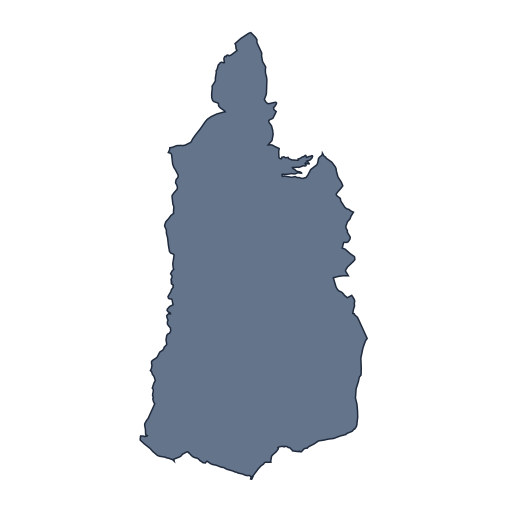 Rachitova, Hunedoara, Romania (Mercator projection), rotated 91°
{"feature_id": "2599482B89503985313378", "entity_name": "Rachitova", "entity_type": "district", "adm_level": 2, "iso_a3": "ROU", "parent_name": "Romania", "parent_adm1": "Hunedoara", "projection": "mercator", "projection_center": [22.734, 45.618], "detail": "fine", "context": "isolated", "style": "filled", "palette": "slate", "viewbox_px": 512, "rotation_deg": 91, "n_neighbors": 0, "source": "geoboundaries", "source_scale": "gbopen_adm2", "svg_char_len": 6111}
<svg xmlns="http://www.w3.org/2000/svg" viewBox="0 0 512 512"><g transform="rotate(91 256 256)"><path d="M459.4,342.0L459.6,340.3L461.1,335.8L462.6,334.2L460.6,334.7L458.2,328.8L456.9,327.0L455.8,326.5L453.4,322.5L453.0,321.0L453.8,320.1L453.6,320.0L456.7,317.0L457.9,315.5L458.9,313.1L458.7,312.6L459.8,310.1L461.8,308.2L462.3,307.0L463.4,305.8L463.7,304.8L463.8,302.9L462.7,302.3L462.0,301.4L464.5,297.6L465.2,295.8L465.9,292.1L467.9,286.6L468.0,284.7L469.4,282.2L469.9,280.9L471.4,275.2L472.3,273.3L472.5,271.8L473.3,270.2L474.2,265.7L475.4,262.8L475.7,261.1L475.6,258.6L476.7,257.3L478.3,257.1L478.5,257.4L479.1,257.5L479.3,256.4L476.4,255.1L476.4,255.6L468.6,249.9L465.6,247.2L463.9,244.8L462.4,243.9L461.9,242.1L462.1,241.0L461.9,237.5L460.9,237.7L455.8,236.9L454.3,235.6L451.4,232.4L448.5,230.4L447.9,230.3L447.3,230.8L446.7,230.2L446.1,228.1L445.9,226.1L445.8,225.4L446.4,224.8L446.2,224.1L445.8,223.7L446.1,221.4L447.0,220.4L447.0,219.1L449.9,216.0L450.2,216.0L450.9,210.1L450.3,209.3L451.0,208.6L451.0,207.3L448.0,204.6L447.6,203.9L447.2,202.1L447.3,201.5L445.8,200.1L442.8,194.5L439.8,190.3L438.9,184.9L437.8,180.4L437.1,175.2L434.5,168.7L432.9,163.0L432.3,162.6L431.5,161.3L429.8,157.3L429.1,156.3L427.7,155.4L427.3,154.3L425.1,152.9L423.5,152.3L415.3,151.5L408.6,151.8L402.3,152.5L396.3,154.1L387.1,153.6L379.6,151.4L375.3,150.6L373.2,148.9L366.6,148.8L356.3,149.4L345.8,147.4L338.8,145.0L336.5,143.4L316.0,153.2L315.4,153.6L312.9,156.6L312.2,156.6L311.8,157.2L311.7,158.3L307.6,157.6L304.3,156.6L301.9,156.9L299.2,156.5L297.1,157.3L293.7,159.6L296.1,163.9L293.8,166.9L292.5,167.8L290.8,169.5L289.3,172.7L288.0,174.0L285.7,175.4L276.4,178.3L274.9,173.0L274.2,168.2L274.2,163.3L269.4,166.3L268.1,165.9L265.2,164.2L259.7,158.5L257.9,157.1L255.3,157.4L254.5,158.2L252.0,161.9L247.6,167.0L246.6,169.9L241.1,168.7L240.9,168.4L240.8,165.5L240.2,164.1L237.4,162.3L235.5,162.1L230.7,165.1L228.8,165.1L226.6,166.5L224.4,166.6L220.1,165.1L217.5,162.8L214.3,161.6L210.5,159.3L209.5,161.6L207.7,164.1L207.3,166.0L205.8,168.0L199.5,172.2L196.9,172.7L194.5,176.0L193.6,176.7L192.7,176.9L190.9,175.7L186.9,172.3L184.5,170.5L184.0,170.5L180.5,172.1L175.6,175.4L169.8,177.1L167.1,177.5L165.3,178.4L160.8,181.9L157.0,187.5L155.9,188.1L155.0,189.7L152.0,191.4L153.2,191.5L154.3,192.1L156.0,194.1L157.4,195.2L161.7,195.9L163.7,196.7L168.6,202.8L174.2,205.6L176.7,207.4L177.1,209.2L177.6,210.0L177.5,212.2L176.8,214.1L176.8,216.4L175.9,218.1L176.7,221.8L175.7,228.1L175.6,229.5L176.0,230.7L175.9,231.0L174.1,231.4L173.7,230.9L173.9,229.3L173.7,225.8L173.0,222.1L173.3,219.7L173.2,218.3L172.0,215.6L172.5,211.9L172.0,211.9L171.2,213.3L170.7,216.1L170.1,217.5L168.8,218.9L168.0,220.6L166.9,221.1L166.7,219.8L166.8,218.4L166.4,216.2L166.7,214.7L164.9,210.1L165.2,208.8L164.9,207.8L164.2,207.4L162.8,208.5L162.4,208.5L162.2,208.2L162.2,207.6L162.9,206.1L163.0,204.5L162.5,204.5L161.2,205.7L160.3,206.9L159.1,203.6L157.0,201.7L155.3,201.1L154.8,201.4L154.7,202.0L155.3,203.0L155.5,204.5L156.6,207.0L156.2,207.5L154.8,207.8L154.5,208.1L154.6,208.6L155.8,210.1L156.2,211.5L157.5,213.3L158.3,215.6L159.2,215.2L159.6,215.6L159.3,221.9L158.0,225.0L156.8,225.6L157.3,227.9L157.1,228.6L156.3,229.8L156.9,232.0L158.0,232.1L158.5,232.6L157.8,234.3L156.9,234.8L151.0,235.1L148.1,234.7L146.4,238.6L144.6,242.1L144.7,245.8L140.2,242.0L134.1,241.0L129.6,241.6L125.5,242.8L122.2,245.3L120.6,245.7L119.6,244.8L118.2,241.8L117.8,241.4L112.8,239.0L111.2,238.3L109.3,240.7L107.3,241.0L106.8,240.7L106.6,240.1L105.9,239.7L103.8,238.4L102.8,238.1L102.1,238.6L101.9,239.4L103.3,244.8L103.5,246.9L102.0,248.7L99.3,250.4L94.4,248.6L92.9,248.4L79.6,248.2L76.8,248.6L73.1,249.7L69.9,249.9L66.8,249.6L61.5,252.8L56.0,253.9L53.0,253.8L43.1,258.6L42.0,258.9L39.8,258.8L37.3,260.4L32.7,265.1L33.5,267.3L38.7,274.9L44.0,280.7L45.8,279.9L49.0,279.6L50.9,278.6L55.5,284.4L56.3,286.4L55.6,287.6L55.6,288.3L56.1,288.9L57.1,289.3L56.8,290.1L57.1,290.7L59.2,291.6L63.2,291.0L63.4,291.6L62.8,294.0L63.9,295.7L64.8,296.1L65.5,297.0L70.4,298.3L71.5,299.1L73.2,298.9L79.2,299.8L81.0,299.6L82.6,300.2L87.0,302.9L88.9,302.7L95.3,303.2L98.4,303.0L100.7,302.3L102.2,301.2L103.8,296.6L104.6,296.1L106.2,296.1L107.3,295.5L108.9,293.8L111.3,290.1L112.4,289.4L112.5,290.3L114.7,297.7L117.4,303.2L120.1,307.0L122.5,309.0L130.0,314.0L136.0,318.6L140.1,321.4L142.8,322.7L143.6,323.4L146.4,328.8L146.9,331.3L146.7,333.2L146.9,334.3L146.8,335.1L147.0,335.9L147.0,337.2L148.8,341.5L149.2,344.0L151.6,344.3L154.1,345.5L154.8,343.0L156.1,342.2L165.7,340.9L168.8,339.7L171.7,337.8L176.2,335.4L177.6,335.1L179.2,335.7L180.8,337.1L183.6,337.7L184.5,337.6L186.9,336.2L188.9,335.8L190.6,336.0L194.1,339.0L196.9,340.9L198.2,341.0L205.7,340.0L208.0,339.0L213.6,339.3L214.8,339.1L217.0,341.8L220.0,343.9L223.4,346.8L226.9,347.9L227.9,347.8L231.5,346.1L234.7,346.0L239.4,344.7L246.6,343.8L252.9,342.6L254.6,341.3L255.3,339.2L256.5,337.9L265.3,339.1L269.7,338.5L270.8,338.0L272.1,339.4L275.2,341.1L277.5,339.6L278.8,339.6L280.8,340.5L283.0,340.0L282.8,340.3L285.1,340.1L285.6,339.7L286.3,338.3L287.0,338.2L287.5,338.5L288.6,338.2L291.2,340.0L293.1,340.5L298.1,343.3L299.5,342.9L300.3,342.1L300.5,339.9L301.1,339.2L306.2,338.1L308.0,341.5L310.6,343.7L311.9,344.0L312.3,343.7L313.7,342.5L313.9,341.7L314.6,340.6L315.4,340.5L315.3,342.4L316.8,344.0L317.4,344.2L319.3,343.9L321.7,342.8L323.1,343.4L325.5,343.4L327.2,342.3L329.4,340.3L332.5,340.0L334.3,340.9L335.2,341.9L335.6,342.9L336.0,343.3L337.3,343.9L341.3,344.5L345.8,343.7L346.5,344.0L348.9,346.3L350.1,346.5L351.8,347.6L353.7,350.5L358.9,353.1L359.5,353.7L362.0,357.4L363.1,358.5L365.0,358.6L367.3,358.1L370.3,358.6L372.5,359.6L373.4,358.4L376.2,357.5L378.1,355.9L382.4,354.5L384.4,355.7L389.9,357.4L391.3,356.4L392.5,356.3L396.7,357.0L397.7,356.9L399.0,356.1L400.4,356.7L401.1,356.6L403.5,355.9L405.6,354.7L420.5,361.1L422.1,362.4L425.4,364.2L427.0,364.4L431.6,363.5L435.9,363.3L436.8,362.9L437.5,361.6L438.1,362.1L438.2,363.5L438.5,363.9L438.1,364.9L437.9,368.1L438.5,368.4L442.0,368.6L445.8,364.4L450.2,358.6L453.4,355.6L457.1,351.1L457.9,349.0L458.7,343.3L459.4,342.0Z" fill="#64748b" stroke="#1e293b" stroke-width="1.5"/></g></svg>